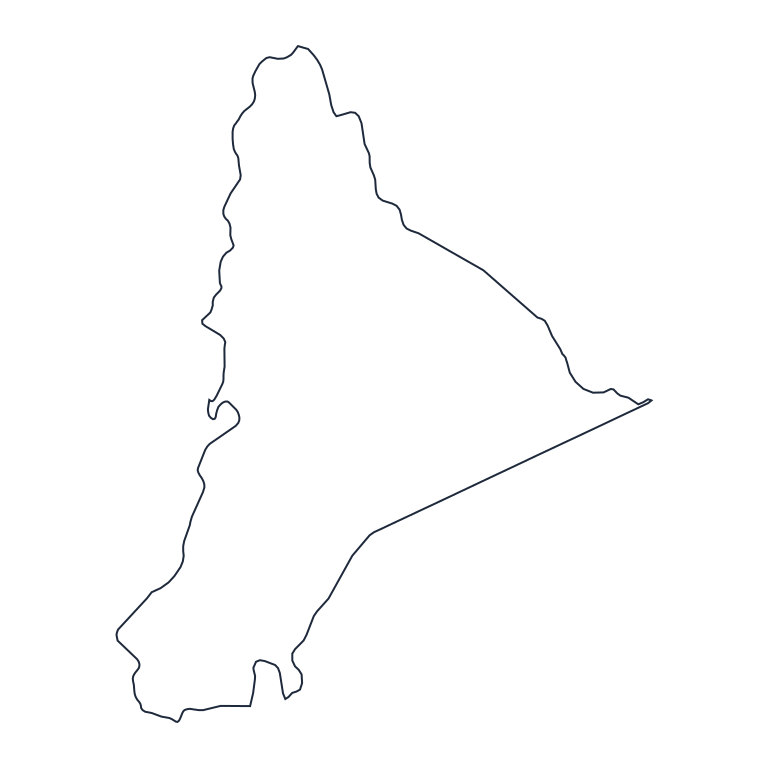 outline of Morona Santiago
{"feature_id": "ECU-1285", "entity_name": "Morona Santiago", "entity_type": "Province", "adm_level": 1, "iso_a3": "ECU", "parent_name": "Ecuador", "parent_adm1": "", "projection": "equal_earth", "projection_center": [-78.23, -2.513], "detail": "fine", "context": "isolated", "style": "outline", "palette": "slate", "viewbox_px": 768, "rotation_deg": 0, "n_neighbors": 0, "source": "natural_earth", "source_scale": "10m", "svg_char_len": 3548}
<svg xmlns="http://www.w3.org/2000/svg" viewBox="0 0 768 768"><path d="M651.5,400.4L648.0,403.2L626.3,413.4L596.7,427.4L567.1,441.3L537.5,455.2L507.9,469.2L478.4,483.1L448.8,497.1L419.2,511.0L389.6,524.9L383.1,528.0L374.0,532.2L369.6,535.3L352.3,555.7L328.5,598.6L317.1,611.3L313.8,616.1L306.5,634.9L303.6,640.5L295.1,649.1L292.3,653.6L292.3,660.5L295.0,666.3L298.7,669.8L301.6,674.4L302.1,683.1L300.0,689.6L296.4,691.6L292.2,692.9L288.5,697.0L285.3,699.0L283.0,693.3L279.8,672.9L278.0,668.1L275.1,665.0L264.9,661.1L259.9,660.2L256.0,661.8L253.4,667.8L253.6,669.8L255.1,676.1L254.9,679.5L253.1,693.2L250.1,706.1L249.9,706.1L220.6,705.9L203.3,710.1L198.6,710.1L189.5,708.8L186.7,709.3L184.5,710.1L183.3,711.3L182.5,712.7L180.1,718.6L179.1,720.5L177.5,721.9L176.0,721.7L171.8,719.1L169.3,718.0L161.4,716.6L151.7,713.0L145.1,711.7L142.5,710.0L141.2,708.1L140.9,705.8L140.4,704.0L139.3,702.1L137.4,699.9L136.2,697.9L135.3,695.9L134.7,693.7L134.3,690.9L133.9,685.2L133.0,680.8L132.8,678.6L133.1,676.6L134.0,674.6L135.2,672.7L137.8,669.5L138.9,667.9L139.4,665.9L139.4,664.0L138.7,661.7L137.2,659.3L117.6,640.6L116.5,635.0L116.9,632.6L118.0,629.6L146.9,598.4L151.7,592.2L160.5,588.2L168.6,582.4L174.4,576.1L180.5,567.1L182.8,561.5L183.7,555.8L183.2,551.1L183.2,546.1L184.2,541.0L189.8,525.2L190.4,521.9L191.9,516.7L203.0,492.0L204.4,487.4L204.3,484.4L203.4,481.3L201.8,478.2L199.8,475.3L198.4,472.7L197.7,470.5L197.9,468.4L205.2,449.9L207.3,446.5L209.7,443.9L235.7,425.9L238.3,422.9L239.3,420.2L239.4,417.5L238.8,414.9L237.8,412.1L236.3,409.8L228.9,402.4L227.4,401.5L225.4,401.5L223.1,402.4L220.9,404.1L218.4,406.9L217.1,410.3L216.2,413.7L215.7,417.1L214.7,418.8L213.0,419.2L210.8,417.8L209.0,415.6L208.2,412.3L207.9,409.3L209.3,399.9L211.0,401.1L211.7,401.1L212.5,401.1L213.3,400.5L214.3,399.6L216.7,395.6L222.3,384.1L223.2,381.8L223.5,379.1L223.5,375.4L223.7,372.4L224.6,366.6L224.4,348.6L224.8,345.0L225.3,342.1L223.7,338.5L220.2,335.0L205.5,326.2L202.4,323.7L202.1,320.2L210.4,312.4L211.6,309.4L212.8,305.3L212.7,302.0L213.8,297.6L216.1,294.6L220.1,290.6L221.4,288.1L221.4,286.2L220.5,284.6L219.9,282.9L219.2,270.6L220.7,261.7L223.0,256.6L226.4,252.7L230.0,250.6L232.9,247.7L233.6,245.3L231.3,239.2L230.3,235.2L230.5,227.6L229.5,223.6L227.8,220.6L226.0,219.0L224.3,216.6L223.4,214.1L223.3,210.3L224.3,206.9L230.6,193.4L240.1,179.4L240.7,175.2L239.0,165.6L238.3,158.1L237.4,155.5L236.1,153.8L235.0,151.9L233.8,149.1L233.0,143.9L232.6,138.6L232.6,131.8L233.2,128.2L234.3,125.3L235.8,123.5L237.1,121.6L238.7,119.5L240.5,116.0L242.3,113.3L244.4,110.9L249.9,106.6L252.1,104.3L253.9,101.5L254.8,98.7L255.2,95.2L254.8,92.0L252.6,83.1L252.5,78.7L253.1,76.1L255.4,71.2L259.4,64.1L261.9,61.6L266.4,58.0L269.7,57.2L277.7,58.8L283.7,58.5L287.1,57.2L291.1,54.8L293.2,52.5L297.9,46.1L308.1,49.0L313.7,55.2L317.2,59.9L320.1,64.8L322.1,69.5L329.3,94.4L331.2,105.0L333.6,112.3L336.4,116.2L340.0,115.3L350.6,112.2L355.1,112.8L358.7,116.2L361.5,123.2L364.6,144.0L368.9,153.2L369.6,156.2L369.7,163.1L370.4,167.5L373.9,175.4L375.2,179.7L375.8,189.2L376.6,193.7L378.6,197.6L382.7,200.6L392.3,203.6L396.6,205.8L399.6,209.7L401.0,214.6L401.9,219.9L403.6,224.9L406.6,228.5L410.5,230.5L418.6,233.3L483.4,270.3L537.4,317.5L541.5,318.8L544.8,320.8L547.7,325.7L552.0,335.9L560.3,349.2L562.3,353.9L564.0,355.6L565.6,357.7L566.4,360.7L566.9,361.9L569.8,372.7L575.5,381.8L583.4,388.9L593.0,392.7L603.6,392.4L610.7,389.0L613.5,389.4L617.3,393.4L620.3,395.6L628.4,397.7L638.3,404.3L643.3,402.2L648.0,399.3L651.3,400.3L651.5,400.4Z" fill="none" stroke="#1e293b" stroke-width="2"/></svg>